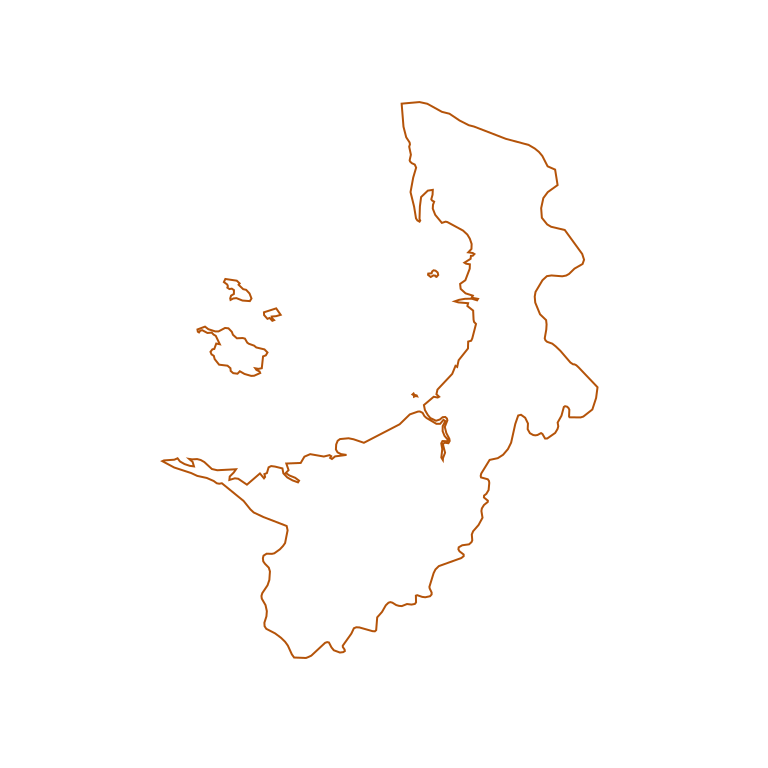 SVG path tracing the border of Panama, rotated 122°
{"feature_id": "PAN-1340", "entity_name": "Panama", "entity_type": "Province", "adm_level": 1, "iso_a3": "PAN", "parent_name": "Panama", "parent_adm1": "", "projection": "robinson", "projection_center": [-79.066, 8.844], "detail": "fine", "context": "isolated", "style": "outline", "palette": "amber", "viewbox_px": 768, "rotation_deg": 122, "n_neighbors": 0, "source": "natural_earth", "source_scale": "10m", "svg_char_len": 6171}
<svg xmlns="http://www.w3.org/2000/svg" viewBox="0 0 768 768"><g transform="rotate(122 384 384)"><path d="M566.9,531.1L565.4,530.1L559.3,521.7L556.4,519.7L557.8,516.0L557.6,510.7L556.3,505.3L554.6,501.5L551.5,505.0L550.8,509.6L549.6,506.8L546.7,502.7L545.6,499.2L545.4,495.0L547.3,484.9L545.5,479.7L534.7,464.3L538.7,464.5L544.2,465.8L547.3,464.3L543.0,460.5L541.6,457.4L542.0,446.9L525.6,441.8L527.6,435.8L525.8,435.6L523.8,437.7L521.6,436.1L515.8,437.7L513.4,436.2L511.8,432.7L509.4,425.4L513.1,422.0L514.5,416.5L514.2,410.4L513.0,404.8L511.0,404.8L510.6,409.6L511.7,415.8L511.5,420.1L507.6,419.3L503.2,424.7L495.1,412.8L487.8,413.0L482.6,409.4L477.4,396.6L473.2,392.5L473.2,390.5L475.2,390.5L475.2,388.4L471.3,387.1L464.0,378.2L466.2,383.2L466.6,387.1L465.0,390.1L460.6,392.5L456.7,393.2L454.0,392.1L448.8,385.3L447.0,380.5L444.5,369.9L409.9,349.4L396.1,346.0L389.4,340.6L388.3,339.0L388.0,336.0L389.8,332.7L390.3,329.9L390.0,318.5L387.9,315.2L382.9,314.6L382.9,312.4L388.6,311.9L392.9,309.3L395.9,305.2L397.5,300.1L399.1,300.1L401.4,304.2L404.0,304.0L408.3,300.1L416.0,296.4L417.3,293.8L415.6,294.7L409.9,295.8L403.7,302.3L401.6,301.4L400.1,298.0L397.5,298.1L395.8,299.6L392.6,305.1L388.2,309.7L381.2,311.0L379.9,312.4L379.5,314.6L381.1,316.7L384.5,317.8L387.6,320.4L388.3,326.7L387.1,330.4L384.4,335.5L380.7,339.0L368.5,335.1L367.0,331.3L365.6,330.5L364.9,334.1L360.4,335.7L339.3,331.5L330.7,333.0L330.7,331.0L324.3,333.3L309.4,331.6L303.4,335.1L301.1,333.0L298.6,333.3L284.3,337.8L283.6,340.6L281.9,342.2L274.5,347.3L273.7,354.6L270.9,355.5L275.4,364.2L276.4,367.8L272.9,365.0L268.7,360.3L265.1,354.6L263.7,349.4L262.0,349.4L263.7,353.7L263.7,355.5L262.0,355.5L263.9,362.9L262.7,369.4L258.8,372.5L252.9,370.0L240.8,372.4L237.0,374.6L238.5,378.2L238.5,380.1L231.9,376.9L229.3,378.2L228.2,376.7L225.9,376.2L225.9,378.2L227.7,382.3L223.1,381.4L218.8,383.9L215.3,388.2L213.1,392.5L212.0,398.3L213.1,416.1L213.7,417.8L216.7,420.3L213.4,430.2L209.4,435.6L206.1,437.4L202.8,438.1L202.9,440.6L202.3,441.8L197.8,443.1L193.5,445.5L196.8,449.3L205.8,451.6L214.3,447.7L225.3,441.3L226.2,439.9L227.5,439.9L227.6,442.4L226.6,444.6L217.7,452.4L207.2,463.2L193.5,468.6L183.5,471.4L181.6,474.2L182.0,477.5L181.5,479.8L180.7,480.8L175.3,482.7L169.4,488.4L167.0,489.0L165.6,490.3L163.0,495.9L155.5,503.8L136.9,517.6L126.1,503.3L123.4,495.8L122.5,479.1L120.1,471.7L120.5,459.5L119.6,449.2L118.0,444.2L111.5,410.5L104.6,388.0L104.4,380.9L105.1,375.5L106.7,370.6L112.7,360.6L111.5,352.5L123.3,342.2L134.5,346.8L141.9,347.4L151.6,343.9L159.4,338.2L162.2,330.2L162.1,325.6L157.6,312.3L168.7,284.8L172.6,280.2L177.0,279.2L185.2,283.6L192.6,285.4L195.5,287.0L198.2,289.9L203.2,299.5L206.2,303.0L212.0,304.6L225.6,304.3L230.0,302.5L234.8,298.9L242.2,288.6L243.9,280.4L247.3,277.7L251.9,275.2L260.1,271.9L261.4,270.2L261.8,268.1L260.6,262.7L261.1,258.3L262.4,252.0L267.0,237.3L267.1,234.1L266.4,232.9L266.2,230.8L266.8,227.7L273.6,201.2L283.5,196.7L295.2,193.8L306.0,197.7L308.2,199.6L313.9,209.0L313.4,209.9L307.6,213.2L306.6,214.8L306.2,216.6L306.9,218.7L308.2,219.3L316.8,216.7L324.7,216.3L327.5,213.8L330.2,213.0L334.8,212.9L343.7,216.7L344.9,218.5L342.4,223.2L342.4,224.8L345.9,226.8L347.3,228.4L348.2,230.4L348.4,234.2L346.2,238.2L341.2,241.0L337.8,246.4L337.5,251.5L339.6,253.5L348.3,251.5L366.4,245.1L373.5,244.4L380.9,245.5L386.6,248.2L392.4,254.2L408.4,254.1L410.7,253.3L411.8,252.2L409.8,245.5L410.6,243.6L412.1,242.3L418.5,239.1L422.9,239.0L425.6,240.0L427.3,239.1L427.9,234.1L429.0,233.5L433.6,235.1L437.6,235.1L440.1,234.1L445.2,229.6L453.5,229.1L461.6,230.4L465.1,229.8L469.8,226.3L471.7,226.0L474.9,226.9L479.3,232.2L482.9,234.1L484.8,233.3L485.9,231.3L486.4,226.1L487.8,225.2L490.6,226.2L509.4,241.0L514.0,242.1L518.1,241.7L532.0,238.0L533.2,236.9L535.6,233.1L537.3,232.1L539.6,232.5L543.0,236.0L544.3,238.8L545.5,243.9L546.6,244.8L552.2,241.1L554.2,241.3L556.5,243.8L558.4,247.9L562.9,251.2L564.2,253.7L565.0,256.5L565.0,261.0L565.6,263.0L567.1,264.3L570.7,265.2L578.3,264.9L585.5,266.1L596.9,260.2L598.6,260.7L599.7,262.8L603.5,275.9L605.0,278.6L607.1,280.1L613.0,279.4L627.8,280.3L628.9,279.5L630.1,276.7L631.2,275.7L633.0,276.5L635.1,279.1L636.4,285.5L635.2,289.0L632.4,293.7L633.0,295.4L634.7,296.8L652.9,301.7L655.7,303.5L657.7,305.0L663.6,315.3L662.1,318.9L656.8,326.9L655.0,331.3L653.8,336.9L653.2,344.2L654.0,354.1L652.7,356.9L649.9,358.9L643.3,360.6L638.7,363.0L634.3,367.3L630.8,373.9L628.7,375.6L625.9,376.4L616.4,376.1L610.9,377.4L603.4,381.4L600.8,384.4L599.5,389.8L598.4,392.4L595.9,394.4L593.4,395.2L590.1,393.6L587.4,389.0L585.7,387.3L579.4,384.7L575.0,383.8L571.3,383.6L559.2,388.2L556.0,391.3L560.7,415.6L562.0,426.4L561.1,431.0L557.6,441.0L554.1,468.9L555.9,470.9L556.8,473.2L556.5,477.0L557.6,484.5L560.9,493.7L561.7,500.3L566.0,517.7L566.9,531.1ZM439.7,499.6L439.3,496.2L440.3,494.8L445.8,498.5L447.5,500.9L449.4,507.6L449.6,513.0L452.9,513.7L454.7,517.6L454.2,520.9L452.0,522.6L451.4,526.4L455.0,534.1L452.6,540.8L450.3,543.3L450.3,545.9L448.7,548.2L445.5,547.9L444.2,546.5L438.6,547.7L437.3,544.3L432.3,552.2L432.4,554.7L431.7,557.3L434.3,560.8L434.7,566.7L436.3,568.1L438.3,568.2L438.3,569.6L436.6,571.1L430.2,566.2L430.6,562.0L428.8,554.9L427.1,552.2L420.7,548.5L419.2,545.4L420.4,540.7L422.3,538.2L423.2,533.0L419.9,528.2L419.2,526.0L421.4,521.9L421.5,519.9L420.3,514.5L420.7,511.7L418.0,503.7L419.0,499.5L422.3,499.4L424.7,501.2L435.4,496.0L437.7,498.5L438.9,501.5L439.7,499.6ZM384.8,541.7L388.2,548.2L389.4,554.7L391.3,557.1L394.0,558.7L392.9,559.8L390.1,560.5L387.2,559.0L383.9,561.0L383.8,563.6L385.4,565.4L385.3,567.9L383.7,568.3L382.7,569.7L382.4,573.8L379.0,574.2L374.4,563.6L375.2,559.7L376.9,559.9L378.2,553.7L377.2,550.8L378.5,546.0L381.7,541.7L384.8,541.7ZM389.1,522.2L386.8,523.8L377.0,515.5L380.1,508.3L383.6,511.4L386.3,515.0L387.5,513.9L388.1,511.1L389.6,512.2L388.6,516.0L390.5,517.4L389.1,522.2ZM261.0,397.6L262.8,395.8L265.3,396.2L265.5,397.1L264.9,397.8L265.7,399.6L268.5,401.1L268.1,404.5L266.9,405.0L264.9,402.3L263.0,402.8L261.3,402.2L260.6,400.4L261.0,397.6ZM376.4,350.2L376.9,349.4L377.4,350.8L378.9,351.8L377.8,352.6L377.8,354.3L376.4,353.9L377.1,352.7L376.4,350.2Z" fill="none" stroke="#b45309" stroke-width="2"/></g></svg>